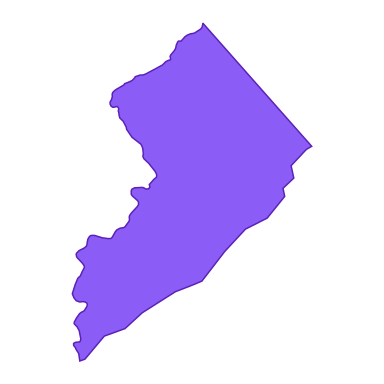 outline of Warren, New Jersey, United States of America
{"feature_id": "52423323B72584796071045", "entity_name": "Warren", "entity_type": "district", "adm_level": 2, "iso_a3": "USA", "parent_name": "United States of America", "parent_adm1": "New Jersey", "projection": "robinson", "projection_center": [-75.098, 40.843], "detail": "fine", "context": "isolated", "style": "filled", "palette": "violet", "viewbox_px": 384, "rotation_deg": 0, "n_neighbors": 0, "source": "geoboundaries", "source_scale": "gbopen_adm2", "svg_char_len": 2092}
<svg xmlns="http://www.w3.org/2000/svg" viewBox="0 0 384 384"><path d="M118.3,107.7L118.4,107.8L118.7,109.0L118.3,110.6L118.4,111.6L118.7,112.2L119.2,115.8L119.8,118.0L123.2,121.3L126.2,127.0L126.6,129.3L130.9,135.7L132.1,137.4L141.0,144.3L142.3,147.0L142.8,148.9L143.3,153.6L142.9,156.6L144.0,158.9L148.7,163.3L155.1,171.4L156.3,173.7L156.7,175.1L156.4,177.4L154.2,179.0L149.3,184.5L149.9,187.2L148.3,188.9L145.7,189.0L144.2,188.0L142.5,187.4L134.6,187.8L131.9,189.2L131.2,190.9L131.3,194.5L132.4,196.0L137.6,200.7L138.5,202.2L138.5,204.4L137.7,206.1L131.7,212.7L130.6,214.0L129.5,215.8L129.2,217.2L129.5,218.9L129.2,221.0L124.9,226.9L123.4,227.7L120.3,228.1L116.9,229.8L115.4,231.6L112.3,237.1L111.3,238.3L110.7,238.5L108.1,238.6L102.4,237.8L94.5,235.4L91.3,235.4L90.2,235.9L89.2,236.9L87.9,239.1L87.3,241.9L86.9,244.9L86.1,246.5L83.9,248.2L79.0,250.6L76.4,253.4L76.2,254.4L76.5,256.4L77.1,257.6L82.3,263.1L84.0,265.5L84.4,266.9L84.1,268.0L82.0,272.0L80.3,276.0L78.6,277.4L78.4,277.6L77.6,278.7L75.2,284.6L72.3,293.8L74.0,297.9L76.2,300.7L79.7,302.0L83.0,301.6L85.2,302.0L86.8,303.1L87.3,304.4L86.9,306.5L84.0,311.0L81.1,312.4L79.5,313.7L76.3,318.3L74.2,322.3L74.2,323.8L77.1,326.8L79.2,330.7L80.8,338.8L80.4,340.9L79.6,341.9L75.6,342.3L74.1,343.0L73.5,343.8L73.7,345.5L75.3,347.6L76.2,349.6L78.7,353.5L79.8,361.0L84.9,359.2L104.3,336.1L125.0,328.6L142.2,312.8L175.4,291.7L193.9,284.5L201.9,281.1L224.8,251.4L245.5,229.1L267.2,218.1L284.7,196.4L283.0,188.3L293.8,178.1L291.1,165.7L306.4,149.4L311.7,146.3L300.1,133.2L202.7,23.0L202.9,23.7L202.0,27.4L200.6,29.1L194.2,33.2L190.5,33.8L187.5,35.0L184.9,36.8L181.1,41.1L178.5,41.1L177.7,41.9L176.2,45.3L175.9,47.3L175.2,49.2L174.1,50.9L170.5,55.2L170.1,56.6L170.7,59.1L170.5,59.7L167.8,60.6L165.7,61.7L162.3,65.1L160.4,66.1L145.8,73.9L143.4,74.9L140.0,75.1L135.2,76.7L135.0,77.5L132.1,80.5L129.2,81.9L124.6,83.7L123.8,85.0L116.7,89.1L114.7,90.5L112.8,92.4L112.2,93.9L112.3,96.6L111.9,98.2L111.4,99.8L110.1,102.0L110.1,104.1L111.0,106.0L112.4,107.1L113.6,107.3L117.2,106.5L118.3,107.7Z" fill="#8b5cf6" stroke="#5b21b6" stroke-width="1.5"/></svg>